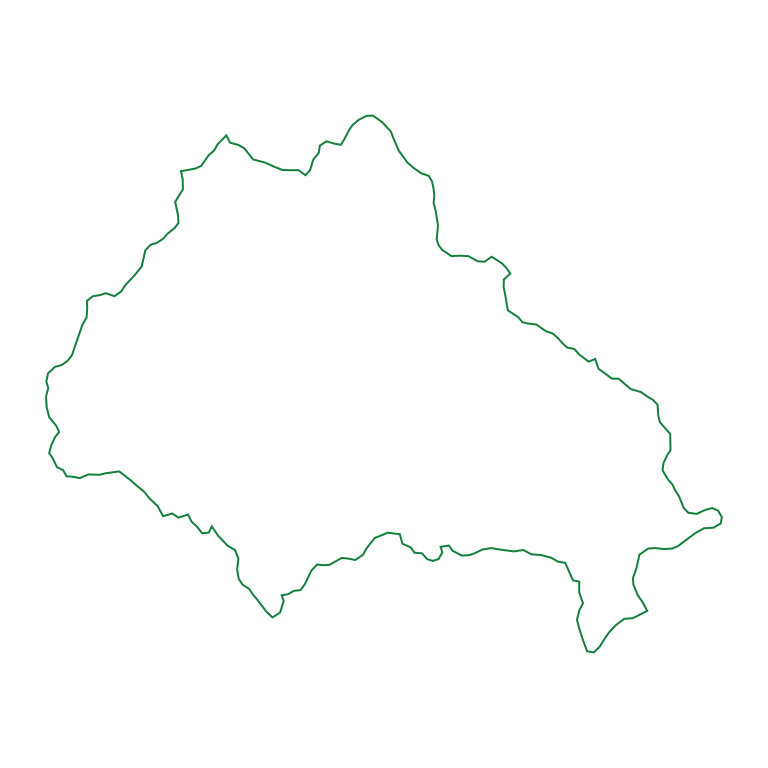 the district of Hidrolina, Goiás, Brazil
{"feature_id": "56859067B15910924353869", "entity_name": "Hidrolina", "entity_type": "district", "adm_level": 2, "iso_a3": "BRA", "parent_name": "Brazil", "parent_adm1": "Goiás", "projection": "robinson", "projection_center": [-49.351, -14.737], "detail": "fine", "context": "isolated", "style": "outline", "palette": "green", "viewbox_px": 768, "rotation_deg": 0, "n_neighbors": 0, "source": "geoboundaries", "source_scale": "gbopen_adm2", "svg_char_len": 3192}
<svg xmlns="http://www.w3.org/2000/svg" viewBox="0 0 768 768"><path d="M670.5,450.2L670.2,433.9L659.8,422.1L658.2,414.9L657.6,404.7L652.7,399.7L647.2,396.5L641.1,392.1L631.0,389.2L624.4,383.7L618.7,378.7L611.9,378.7L605.2,373.6L598.5,368.8L595.2,359.0L588.6,361.6L579.0,354.3L574.4,349.1L567.0,347.5L562.9,343.6L557.4,337.6L552.4,333.3L546.2,331.4L536.2,324.5L527.6,323.5L522.4,322.2L518.3,317.3L507.8,310.3L505.6,296.9L503.6,286.9L503.9,279.5L510.3,273.5L506.3,267.9L502.0,263.4L491.6,256.7L484.7,261.7L477.8,261.3L468.3,256.1L459.1,255.7L451.4,256.1L442.2,249.9L438.6,245.2L436.7,239.3L438.0,225.4L435.8,211.6L433.6,202.9L434.3,195.2L433.4,187.8L432.1,181.7L428.8,175.9L421.1,173.2L413.7,168.0L407.3,162.4L403.0,156.4L398.9,150.9L393.5,138.4L390.8,131.5L382.2,122.2L373.0,115.6L366.7,115.8L359.0,119.6L352.7,124.9L349.3,129.7L344.1,139.6L340.9,144.8L334.2,143.6L326.5,141.3L319.9,145.6L318.7,152.9L313.3,159.5L310.0,170.3L305.4,175.2L298.6,170.2L291.1,170.2L282.5,170.0L273.5,166.4L265.5,162.7L253.2,159.5L244.2,148.2L238.5,145.0L230.1,142.7L226.3,135.4L217.7,144.2L214.1,150.5L208.5,155.5L201.1,166.0L195.2,168.6L180.9,171.2L182.7,179.2L182.9,189.3L175.2,201.9L178.1,215.7L178.5,222.9L174.8,227.9L167.7,233.6L162.9,238.9L156.5,243.0L150.7,244.7L145.3,250.4L143.8,257.3L141.6,266.6L135.2,274.5L124.9,285.7L121.4,291.3L114.5,296.2L105.8,293.2L99.8,295.1L92.9,296.2L87.1,300.8L87.2,309.1L86.6,317.3L82.5,324.7L79.0,334.7L75.1,345.9L72.0,355.1L67.8,360.6L61.8,365.0L54.9,366.9L48.0,373.4L46.3,381.6L48.3,388.0L46.1,396.2L46.6,407.0L49.2,417.2L56.2,425.7L59.2,432.0L55.2,436.9L51.2,445.4L49.2,453.1L52.7,458.3L57.0,467.2L63.2,470.2L66.5,476.3L72.5,476.7L79.9,478.1L88.3,474.4L99.8,474.8L104.9,473.4L119.2,471.4L130.8,480.4L137.4,486.2L144.2,491.8L149.5,498.5L157.6,506.0L163.1,516.2L172.3,513.5L178.4,517.6L188.1,514.6L191.4,521.4L197.1,526.8L202.2,533.3L208.8,532.6L211.8,526.4L217.8,535.3L227.6,545.8L235.0,550.0L238.4,558.6L237.1,569.7L238.8,579.1L242.5,584.6L249.1,588.9L253.4,595.1L257.8,600.3L266.7,612.1L272.4,617.4L280.1,612.5L283.7,601.0L281.7,595.3L288.2,594.2L293.7,590.9L300.6,590.1L305.2,583.6L308.0,577.7L311.3,570.7L317.0,564.6L323.8,565.2L329.3,564.9L341.8,557.9L348.4,558.6L355.3,560.0L363.1,554.7L365.9,549.4L369.7,544.2L375.0,537.8L382.3,535.0L387.5,532.7L399.8,534.2L402.5,543.8L410.8,547.4L414.5,552.7L422.0,553.3L427.2,559.2L432.7,560.9L438.6,559.0L442.4,552.4L440.6,546.8L448.8,545.5L452.7,550.8L461.7,555.6L468.9,555.2L474.7,553.3L482.4,549.5L491.3,548.1L500.8,549.7L513.8,551.4L523.5,550.0L531.1,554.3L541.1,555.0L551.1,557.7L558.1,561.7L565.2,562.8L573.0,580.4L579.2,581.6L579.2,592.4L583.0,603.4L579.3,610.2L577.0,619.8L579.0,627.6L582.7,639.2L587.1,651.3L593.9,652.4L599.7,646.7L604.9,638.3L608.9,632.6L616.1,624.9L624.4,618.8L632.8,618.2L647.3,610.9L642.7,602.4L637.7,595.1L633.4,584.6L633.0,577.9L636.5,568.1L639.4,554.7L648.3,548.5L655.2,548.1L664.2,549.1L672.2,548.5L678.0,546.1L695.0,533.3L703.9,528.3L713.6,527.7L720.6,523.5L721.9,517.4L718.2,510.7L712.2,508.0L705.0,510.0L696.7,513.9L688.4,512.8L683.7,508.0L679.1,496.4L675.1,490.3L672.5,484.6L667.9,479.4L662.5,470.2L663.5,463.0L667.1,455.3L670.5,450.2Z" fill="none" stroke="#15803d" stroke-width="2"/></svg>